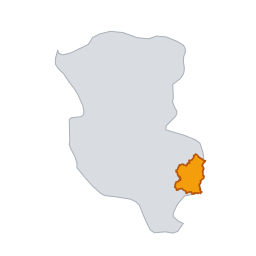 location of Nyaruguru, Southern, Rwanda, rotated 282°
{"feature_id": "39286606B69204186902764", "entity_name": "Nyaruguru", "entity_type": "district", "adm_level": 2, "iso_a3": "RWA", "parent_name": "Rwanda", "parent_adm1": "Southern", "projection": "mercator", "projection_center": [29.568, -2.686], "detail": "fine", "context": "in_parent", "style": "filled", "palette": "amber", "viewbox_px": 256, "rotation_deg": 282, "n_neighbors": 0, "source": "geoboundaries", "source_scale": "gbopen_adm2", "svg_char_len": 6018}
<svg xmlns="http://www.w3.org/2000/svg" viewBox="0 0 256 256"><g transform="rotate(282 128 128)"><path d="M100.1,73.8L103.3,73.7L124.0,68.8L126.1,70.3L129.4,79.9L131.2,81.3L134.1,81.7L139.9,79.5L150.5,71.9L155.2,67.4L160.7,60.9L167.7,53.7L171.6,47.4L175.4,43.7L180.4,42.6L185.9,42.9L189.8,43.0L186.6,44.5L186.0,49.1L189.6,56.5L201.5,71.8L209.1,74.6L214.0,80.6L218.9,90.6L220.3,103.2L218.3,118.3L219.5,129.5L223.9,136.9L225.0,146.4L222.9,158.2L220.4,165.2L217.4,167.5L214.0,168.4L209.5,167.6L203.9,168.6L197.8,170.8L194.0,171.1L191.6,170.7L187.1,168.8L180.0,162.7L166.8,166.1L163.2,166.0L158.4,168.9L154.4,172.4L152.0,172.7L149.6,172.2L138.2,165.0L134.1,165.3L132.4,185.4L130.4,196.6L128.1,201.5L120.0,206.3L111.8,209.1L107.3,208.9L89.2,210.4L82.2,210.4L78.3,208.8L73.2,197.4L63.7,192.3L54.5,189.9L50.8,190.6L47.4,196.5L46.1,201.9L37.2,198.2L34.5,193.7L34.2,186.1L31.0,175.6L32.8,171.1L36.3,168.2L43.7,162.7L54.9,155.1L57.3,151.4L58.9,145.3L58.2,131.1L57.1,119.2L58.4,114.9L63.6,105.7L70.5,96.3L78.5,86.3L83.3,85.3L89.6,81.5L96.4,75.9L100.1,73.8Z" fill="#d9dde1" stroke="#a8b0b8" stroke-width="1"/><path d="M116.5,199.5L115.9,199.2L115.5,199.1L115.3,198.8L115.0,198.6L114.7,198.3L114.7,198.2L114.5,198.3L114.3,198.0L114.1,198.0L113.4,198.3L112.9,198.2L112.3,198.3L112.1,198.1L111.5,197.8L110.9,197.5L110.3,197.5L110.2,197.1L110.3,196.9L110.1,196.8L109.9,196.8L109.6,196.4L109.0,196.0L108.9,195.8L108.9,195.7L109.1,195.4L109.3,194.9L109.1,194.4L108.3,194.5L108.1,194.5L107.6,194.7L107.3,194.7L107.3,194.9L107.0,195.0L106.9,195.2L106.7,195.3L106.5,195.6L106.3,195.6L106.2,195.4L106.1,195.2L106.1,194.9L106.2,194.3L106.2,194.1L106.1,193.9L105.9,193.8L105.9,193.5L105.6,193.3L105.2,193.3L104.8,193.6L104.5,193.4L104.1,193.1L103.8,193.2L103.5,193.1L103.3,193.2L103.1,192.8L103.1,192.7L103.5,192.4L103.6,191.6L103.6,191.3L103.4,191.0L103.2,190.6L103.3,190.4L103.7,190.1L103.9,189.8L104.1,189.2L104.0,188.8L103.6,188.0L103.4,187.8L103.3,187.6L102.8,187.5L102.7,187.0L102.7,186.8L102.6,186.6L102.6,186.2L102.1,186.2L102.0,185.7L101.8,185.7L101.5,186.0L101.2,186.0L100.7,185.7L100.1,185.5L100.0,185.3L99.5,185.4L99.1,185.1L98.9,185.2L98.3,185.3L97.6,184.9L97.3,184.6L96.8,184.3L96.6,184.3L96.6,183.8L96.0,183.9L95.9,184.3L95.7,184.3L95.8,184.4L95.7,184.8L95.4,184.9L95.3,185.1L95.1,185.2L94.9,185.0L94.7,185.1L94.6,185.3L94.6,185.6L94.4,185.8L94.3,185.7L93.9,185.7L93.6,185.9L93.2,186.0L92.9,186.0L92.7,186.1L92.6,186.4L92.2,186.5L92.0,186.8L91.9,187.3L91.6,187.3L91.4,187.3L91.2,187.3L90.8,187.7L91.1,188.0L91.2,188.4L91.3,188.4L91.4,188.6L91.4,188.8L91.1,189.0L91.0,188.8L90.9,188.8L90.7,189.0L90.4,189.1L90.2,189.4L90.1,189.1L89.7,189.1L89.3,189.1L89.2,189.2L88.8,189.4L88.9,189.8L88.8,190.2L88.6,190.2L88.5,190.3L88.1,190.3L87.5,189.8L87.3,189.4L87.4,189.2L87.4,188.9L87.2,188.7L87.3,188.6L86.9,188.5L86.6,188.5L86.4,188.1L86.2,188.1L86.1,188.3L85.8,188.1L85.9,187.8L85.8,187.7L85.7,187.4L85.3,186.5L85.3,186.4L84.4,186.1L83.9,186.3L83.3,186.3L83.0,186.1L83.0,185.9L82.5,185.9L82.2,185.8L81.7,186.1L81.2,186.3L80.9,186.1L80.6,185.9L80.1,185.9L79.7,186.0L79.6,186.6L79.4,187.1L79.5,187.2L79.4,187.4L78.9,187.8L78.6,187.9L78.3,188.0L78.2,188.1L77.9,188.0L77.6,188.1L77.4,188.4L77.3,188.5L77.6,188.8L77.8,188.8L77.8,189.2L77.6,189.5L77.8,190.0L78.5,189.9L78.7,190.0L78.7,190.4L78.8,190.5L78.9,191.1L79.2,191.3L79.6,191.8L79.5,192.1L79.7,192.3L79.6,192.7L79.8,192.9L80.0,193.4L79.9,193.6L79.8,194.0L79.4,194.2L79.0,194.7L78.9,195.5L78.5,196.1L78.7,196.5L78.4,197.1L78.2,197.7L77.9,198.0L77.3,198.1L76.9,198.0L76.3,198.3L76.2,199.0L76.6,199.3L76.9,199.1L77.1,199.3L77.3,199.9L77.5,200.0L77.8,200.4L77.8,200.6L78.0,201.0L77.9,201.1L78.2,201.3L78.1,201.5L78.1,201.8L78.2,202.1L78.3,202.3L78.5,202.4L78.8,202.9L78.5,203.3L78.1,203.7L77.6,204.0L77.4,204.0L77.2,204.1L76.9,204.2L76.8,204.3L76.7,204.5L77.4,205.1L77.3,205.5L77.2,205.8L77.1,206.1L77.4,206.2L77.5,206.2L78.0,206.6L78.3,206.5L78.3,207.1L78.1,207.4L78.3,207.5L78.7,208.0L78.7,208.4L79.0,208.8L78.7,209.3L78.5,209.6L78.6,209.8L78.5,210.1L78.9,210.3L79.0,210.6L79.4,211.4L79.5,211.6L79.4,211.7L79.4,211.9L79.6,212.0L79.7,212.3L79.5,212.6L79.4,212.7L79.8,212.8L80.0,212.7L80.1,213.2L80.3,213.4L80.5,213.3L80.9,213.3L80.9,212.8L81.3,212.6L81.4,212.2L81.5,212.1L81.7,211.7L81.9,211.7L82.1,211.6L82.1,211.4L82.4,211.4L82.7,211.2L82.8,211.5L83.0,211.7L83.6,211.3L83.9,211.0L84.0,211.1L84.4,211.0L84.9,210.6L85.0,210.4L86.1,210.0L86.3,209.7L86.5,209.7L86.8,209.4L87.1,209.6L87.7,209.4L88.0,209.7L88.4,209.6L88.6,209.7L88.6,210.0L89.1,210.4L89.2,210.5L89.9,210.4L90.2,210.5L90.3,210.4L90.5,210.4L91.1,209.9L91.4,209.8L91.6,210.1L92.0,210.5L92.5,210.6L93.0,211.0L93.4,211.4L93.5,211.7L93.6,211.8L94.0,211.8L94.2,212.2L94.5,212.4L94.8,212.4L94.8,212.5L95.6,212.4L95.7,212.2L95.9,212.2L96.1,212.2L96.1,212.3L96.3,212.4L96.5,212.4L96.8,212.5L96.9,212.4L97.0,212.1L96.8,211.4L97.1,211.2L97.3,211.3L97.7,211.3L99.1,210.7L99.5,210.7L99.8,210.7L100.0,210.6L100.7,210.1L100.8,210.1L101.2,209.9L101.3,209.9L101.3,210.3L101.5,210.4L101.8,210.4L102.0,210.4L102.2,210.2L102.4,210.3L102.9,210.2L103.0,210.4L103.2,210.6L103.6,210.7L103.8,210.6L104.2,210.4L104.2,210.2L104.2,210.3L104.3,210.3L104.4,210.1L104.6,210.3L105.3,209.9L105.5,209.6L105.6,209.4L105.8,209.2L105.9,208.8L106.1,208.6L106.5,208.6L106.7,208.4L106.9,208.5L107.0,208.4L107.3,208.5L108.1,208.4L108.5,208.6L108.6,208.8L109.0,208.8L109.2,209.1L109.5,209.1L109.7,209.4L109.9,209.6L110.5,209.6L110.8,209.9L111.0,210.3L111.4,210.5L111.5,210.4L111.4,210.3L111.5,210.3L111.8,210.5L112.0,210.5L112.1,210.4L112.1,210.0L112.0,209.9L112.0,209.6L111.9,209.6L111.7,209.3L111.9,209.2L111.9,208.8L112.1,208.6L112.1,208.2L112.2,207.9L112.3,207.8L112.5,207.8L112.6,207.4L112.8,207.2L113.0,207.1L113.1,206.6L113.3,206.4L113.3,206.1L113.1,205.9L113.3,205.7L113.5,205.5L113.6,205.4L113.6,205.0L113.8,204.6L113.8,204.4L113.7,204.3L113.8,204.2L114.2,203.9L114.2,203.3L114.2,203.1L114.4,203.0L114.4,202.8L114.9,202.6L115.2,202.3L115.5,201.7L116.2,201.0L116.3,200.2L116.4,199.6L116.5,199.5Z" fill="#f59e0b" stroke="#b45309" stroke-width="1.5"/></g></svg>